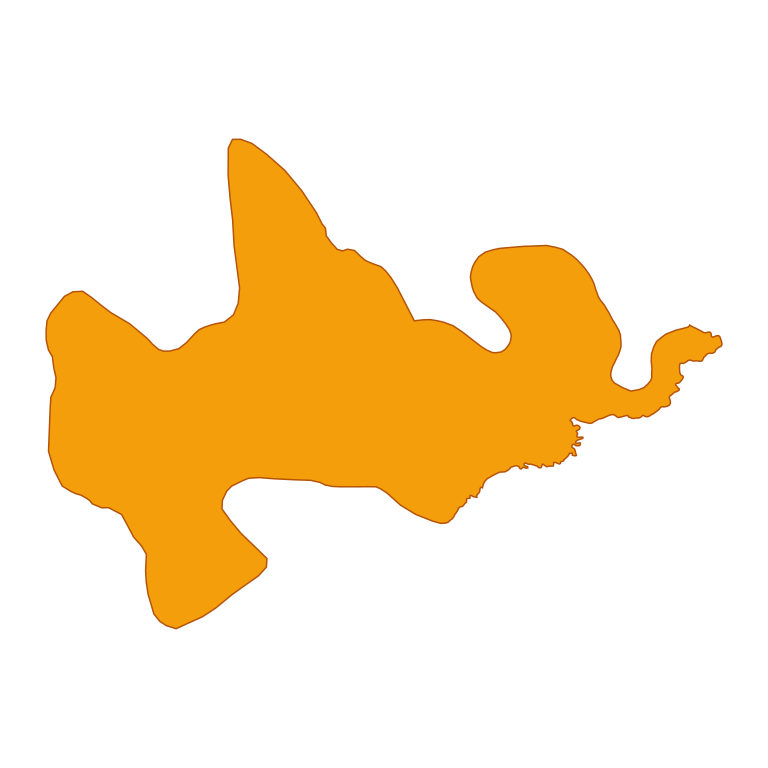 the district of Viengkham, Vientiane, Laos, rotated 270°
{"feature_id": "54806243B32132961433294", "entity_name": "Viengkham", "entity_type": "district", "adm_level": 2, "iso_a3": "LAO", "parent_name": "Laos", "parent_adm1": "Vientiane", "projection": "natural_earth1", "projection_center": [102.518, 18.403], "detail": "fine", "context": "isolated", "style": "filled", "palette": "amber", "viewbox_px": 768, "rotation_deg": 270, "n_neighbors": 0, "source": "geoboundaries", "source_scale": "gbopen_adm2", "svg_char_len": 6146}
<svg xmlns="http://www.w3.org/2000/svg" viewBox="0 0 768 768"><g transform="rotate(270 384 384)"><path d="M282.0,62.2L276.9,70.3L274.4,75.6L272.8,81.1L269.4,87.1L267.3,89.8L264.2,92.3L260.2,101.7L260.3,108.6L253.5,121.6L245.0,126.2L230.7,133.8L222.2,141.4L213.7,146.4L197.5,145.6L185.6,146.3L173.7,148.1L162.3,151.5L154.2,153.8L146.6,159.8L142.4,166.3L139.3,176.1L145.6,189.9L151.4,202.7L160.2,216.0L173.3,231.9L182.5,244.7L192.2,258.5L200.9,266.4L209.4,267.0L220.3,255.9L234.4,241.2L247.6,230.2L259.0,222.0L267.6,222.4L276.7,226.6L282.0,231.8L287.4,242.8L289.8,248.7L290.4,259.4L289.2,274.5L288.2,295.1L287.7,310.5L285.6,319.9L284.3,322.8L282.8,325.4L282.8,326.5L281.6,332.0L281.2,340.0L281.2,354.6L281.3,367.5L281.2,375.9L279.3,380.4L275.0,387.0L262.9,400.4L253.6,415.7L246.7,433.1L244.6,440.9L244.9,445.4L245.6,447.8L246.7,449.2L247.3,449.6L248.5,451.3L249.3,452.3L251.2,453.7L252.2,454.4L253.2,454.7L254.3,455.3L255.3,456.3L259.7,458.7L260.5,459.4L261.1,460.1L261.3,460.9L261.5,462.0L261.9,462.8L262.7,463.6L263.6,464.2L264.6,464.9L265.3,465.9L266.0,466.6L268.6,466.5L269.3,466.9L269.5,467.6L269.7,469.8L270.5,470.1L272.2,469.8L272.6,470.4L272.5,471.3L271.9,472.2L271.1,474.0L270.8,476.9L271.9,476.5L274.1,477.8L274.9,478.7L276.0,479.6L278.9,479.9L280.1,480.4L280.6,481.1L280.2,482.5L283.3,483.2L285.6,484.2L287.1,485.2L289.4,487.4L290.8,489.9L293.1,493.9L295.2,498.2L295.9,500.2L296.0,502.8L296.2,505.1L297.5,507.5L299.2,509.8L300.7,510.7L301.0,511.7L302.1,515.0L302.2,516.7L302.0,517.6L301.6,518.4L301.1,519.1L300.2,519.4L299.1,520.4L299.2,521.4L299.8,522.0L300.6,523.2L300.5,524.3L299.8,526.1L300.1,527.8L301.4,527.6L301.7,526.0L302.7,524.3L304.0,524.0L304.8,524.5L305.0,525.8L304.4,526.8L303.8,528.4L303.9,530.4L303.2,533.4L302.4,535.3L301.9,537.2L300.7,538.4L300.2,539.2L300.3,540.7L300.7,541.3L301.3,541.6L302.3,541.8L303.6,542.4L303.8,543.1L301.2,546.6L301.8,548.8L302.0,553.4L305.4,553.7L305.6,554.5L305.6,555.4L304.2,558.5L304.1,559.6L304.7,560.5L305.7,560.5L306.4,561.2L306.8,563.0L307.3,563.7L308.1,563.9L311.9,567.9L313.8,569.1L314.5,569.2L314.9,572.2L312.9,572.3L312.4,573.3L312.2,575.8L312.8,576.4L315.4,575.5L316.8,575.3L318.1,574.9L319.3,574.3L320.0,572.9L321.1,571.8L322.6,572.0L323.8,573.0L323.5,574.7L322.6,575.4L322.1,577.6L322.4,579.4L322.9,580.1L324.8,580.5L325.1,580.1L325.1,579.4L324.9,578.3L324.6,576.3L325.5,575.6L326.5,575.9L327.0,576.3L328.0,577.8L329.4,582.3L330.1,583.0L330.8,582.8L330.9,582.1L330.9,581.0L330.7,579.2L330.9,577.9L331.3,576.9L332.7,576.9L333.9,577.6L334.9,577.4L335.6,577.0L336.4,576.3L337.4,576.8L338.0,578.2L339.1,579.7L340.6,580.0L341.7,579.3L342.7,577.6L342.7,576.3L342.0,574.1L342.2,573.1L343.0,572.7L344.0,572.7L346.1,571.8L347.8,570.1L349.4,571.6L350.4,573.3L350.1,574.7L348.4,576.8L346.6,581.2L344.6,589.7L345.0,592.1L346.2,593.8L346.9,595.2L348.9,598.6L349.3,600.9L349.8,602.8L352.5,608.8L353.3,611.3L353.4,613.6L352.2,615.6L350.9,617.3L350.5,618.4L351.1,621.3L352.6,627.0L352.4,628.0L351.0,628.5L350.4,630.8L349.7,631.6L349.5,633.9L350.1,636.4L349.9,638.1L350.2,639.6L351.0,641.0L352.2,642.3L352.6,643.0L352.4,643.8L351.9,644.5L351.4,645.7L351.2,647.0L351.6,648.7L353.1,651.2L353.7,651.8L354.1,653.2L355.0,654.3L357.3,657.5L358.6,659.1L359.8,659.9L361.1,661.2L361.3,662.4L361.1,663.2L361.2,664.6L361.7,667.3L363.0,669.5L364.5,670.3L365.9,670.5L367.1,670.3L370.5,669.2L372.1,669.9L372.8,671.1L375.8,674.6L376.4,676.7L377.1,678.0L378.0,679.2L379.0,679.4L380.1,678.0L381.9,676.7L382.8,675.8L384.0,675.6L384.8,676.6L384.8,678.5L385.6,679.6L386.4,680.5L387.4,681.1L388.2,681.8L389.5,682.8L391.0,683.3L392.0,682.8L392.6,681.3L393.7,680.5L395.0,679.9L397.6,679.6L399.3,679.5L402.3,679.5L404.5,680.1L404.9,681.4L404.6,683.2L405.1,684.6L406.6,687.1L407.2,687.8L407.7,688.7L407.9,689.5L407.9,690.5L406.9,693.3L407.2,696.8L406.9,698.1L406.8,700.2L406.8,701.3L407.7,702.5L409.1,703.1L410.8,704.0L414.2,707.5L414.8,709.9L414.7,712.3L415.7,714.6L416.7,715.2L418.2,715.8L420.4,718.3L421.6,720.9L423.1,721.9L424.9,721.9L426.7,721.3L428.1,721.0L429.8,720.4L431.4,719.7L432.3,718.7L432.2,716.4L431.3,714.2L430.8,712.6L431.5,711.5L432.8,711.2L434.2,711.2L435.6,710.4L436.0,709.3L435.8,707.8L435.2,705.8L435.3,704.1L436.0,702.8L436.7,701.7L439.9,695.5L440.6,693.7L441.6,691.9L442.3,690.6L443.0,689.7L442.1,689.3L441.0,688.2L440.5,686.6L437.7,675.6L433.8,665.8L430.2,661.0L426.4,656.5L421.0,653.7L414.0,651.5L407.2,651.2L399.0,652.0L394.0,651.6L390.5,651.8L387.3,650.6L383.9,647.8L380.3,643.9L378.4,638.9L377.3,632.9L376.9,630.9L380.6,622.1L385.2,614.1L388.2,611.9L392.0,610.7L395.8,610.9L401.4,612.5L405.7,614.7L409.9,616.6L413.3,618.5L417.3,619.9L420.0,620.7L422.2,621.0L425.9,621.0L429.7,620.6L433.0,620.4L437.5,618.9L443.9,615.3L448.9,612.2L455.1,609.0L463.5,603.9L467.4,600.7L471.3,598.3L478.9,595.6L484.5,593.9L488.7,592.0L493.7,589.1L499.6,584.9L503.2,581.8L508.2,577.1L512.4,572.2L518.7,562.8L520.9,554.9L522.5,546.3L521.9,532.1L521.7,524.5L520.5,509.8L519.6,499.6L518.3,493.4L515.9,485.4L511.4,478.9L506.1,475.1L501.4,472.7L495.3,471.0L490.8,470.4L485.8,471.2L479.9,472.5L476.3,473.8L470.4,476.9L468.5,478.6L465.6,482.0L455.8,495.8L451.1,500.2L444.3,505.6L438.4,509.4L433.9,511.0L431.1,511.2L427.1,510.5L425.0,509.8L421.4,507.5L418.7,505.2L416.1,501.4L415.3,496.3L415.4,492.5L417.8,487.0L421.2,481.5L436.0,462.4L442.3,453.0L445.9,443.3L447.2,437.5L448.4,430.2L448.2,423.4L447.2,414.3L479.9,397.5L490.5,390.9L497.1,385.6L501.3,381.0L505.1,370.7L507.6,365.3L511.9,360.3L517.5,354.5L518.8,347.5L517.1,342.7L518.6,337.3L525.2,331.3L532.1,326.3L539.9,325.4L544.0,322.1L555.1,316.5L577.2,301.8L597.6,284.8L613.6,266.7L624.5,252.0L628.7,240.6L628.6,232.5L619.9,228.3L592.6,228.1L569.6,230.1L548.5,232.6L522.2,234.1L480.1,239.6L464.7,238.2L453.2,233.5L445.9,224.4L444.3,215.8L442.8,210.4L440.8,204.5L438.4,199.2L434.5,194.9L425.3,186.4L419.4,178.9L416.9,169.8L416.9,163.3L418.7,158.4L423.9,152.4L429.6,147.2L444.2,129.7L455.5,110.6L463.5,100.2L470.2,92.0L476.7,82.7L476.2,73.0L471.7,64.5L454.8,50.7L447.1,47.0L437.5,46.1L427.9,46.2L417.9,48.5L411.2,52.4L400.7,53.7L390.1,56.0L380.1,55.1L370.9,50.9L361.0,50.2L316.7,48.5L297.9,54.1L282.0,62.2Z" fill="#f59e0b" stroke="#b45309" stroke-width="1.5"/></g></svg>